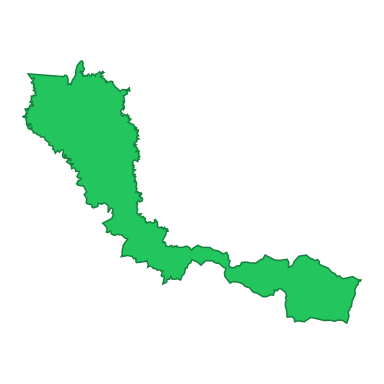 Simacota, Santander, Colombia (Mercator projection)
{"feature_id": "7082276B23546148362682", "entity_name": "Simacota", "entity_type": "district", "adm_level": 2, "iso_a3": "COL", "parent_name": "Colombia", "parent_adm1": "Santander", "projection": "mercator", "projection_center": [-73.674, 6.657], "detail": "fine", "context": "isolated", "style": "filled", "palette": "green", "viewbox_px": 384, "rotation_deg": 0, "n_neighbors": 0, "source": "geoboundaries", "source_scale": "gbopen_adm2", "svg_char_len": 5907}
<svg xmlns="http://www.w3.org/2000/svg" viewBox="0 0 384 384"><path d="M28.1,73.9L31.7,79.0L33.9,78.0L33.3,80.4L31.4,82.4L32.2,83.7L33.6,83.3L34.3,84.6L33.5,85.3L34.0,86.4L33.4,87.8L35.2,88.5L33.3,90.5L35.7,91.6L35.0,93.1L36.1,95.0L35.2,95.7L33.3,95.1L32.5,96.7L31.3,96.2L31.4,99.7L30.0,102.4L31.5,102.5L32.8,101.3L31.4,104.3L33.1,104.8L33.3,105.7L31.3,106.3L30.1,105.4L28.0,110.9L27.8,108.5L25.1,109.1L27.4,113.6L26.0,113.5L26.2,114.8L23.0,116.6L23.9,117.5L27.0,117.2L25.7,119.5L26.8,121.7L26.3,123.9L27.0,125.4L29.4,123.6L30.7,124.1L30.7,125.4L27.9,125.8L28.0,128.0L29.7,129.3L31.8,127.3L31.5,129.7L33.2,131.2L33.4,132.9L36.7,133.1L36.9,134.5L39.9,135.2L40.4,136.9L44.4,137.0L45.3,140.0L49.2,142.8L48.9,145.0L53.4,146.4L52.6,149.2L54.2,150.0L55.2,153.2L57.6,150.6L59.4,152.2L61.8,149.8L62.8,149.8L63.5,150.5L62.5,154.9L63.1,157.3L64.6,158.1L64.5,155.5L65.6,154.8L66.3,158.3L69.4,158.3L70.9,159.2L71.0,160.4L68.3,159.5L66.6,161.8L69.1,163.6L73.1,163.7L72.6,164.7L70.5,164.6L71.4,165.9L71.6,168.7L74.4,167.7L75.4,169.0L75.6,171.4L78.6,171.3L79.3,172.0L77.0,176.4L78.4,178.0L80.6,177.9L80.9,179.3L78.2,180.7L76.6,183.8L78.3,185.3L83.6,186.1L86.6,192.0L84.2,194.5L86.8,198.7L86.2,202.8L87.4,203.8L91.5,204.7L92.1,207.2L93.3,207.9L97.7,206.5L98.2,203.3L102.0,204.2L103.6,203.0L105.2,203.1L108.4,205.9L108.0,212.6L110.9,208.0L112.3,208.3L113.0,209.9L111.9,213.0L113.6,213.9L111.8,218.5L102.7,223.2L106.5,227.0L107.2,229.6L106.3,232.1L107.8,232.5L110.7,231.2L111.4,234.0L114.5,235.4L117.2,234.4L121.9,235.0L125.2,238.2L127.8,238.8L123.4,245.0L122.0,251.6L122.4,254.2L121.2,256.7L127.6,255.5L132.0,256.4L133.7,258.8L136.0,258.6L135.9,261.8L136.6,262.6L145.3,261.5L146.6,260.6L148.3,264.4L147.7,267.2L150.0,265.9L153.0,267.4L153.0,268.3L156.1,268.8L157.2,270.3L159.8,269.6L161.0,271.1L162.8,270.8L161.2,275.4L161.8,276.4L163.7,276.3L164.3,277.3L162.8,284.1L166.7,282.1L166.8,279.9L168.3,279.0L169.4,279.4L170.9,276.7L171.9,279.1L176.0,279.2L177.2,278.5L180.5,280.0L181.8,276.3L184.4,273.5L185.4,268.3L186.9,268.1L188.3,264.1L190.6,262.9L192.0,259.6L197.7,262.3L201.0,265.2L205.6,260.7L213.0,260.9L213.7,262.0L216.4,263.2L219.1,263.4L223.5,267.3L226.1,268.3L224.4,272.9L224.9,276.4L230.0,283.1L233.0,281.6L238.2,282.2L242.7,283.8L245.0,286.4L249.6,287.8L253.0,292.0L257.7,293.5L262.9,296.7L266.7,296.7L270.3,294.9L273.5,295.1L274.0,292.3L275.0,291.5L274.5,290.0L277.5,290.7L278.8,288.7L281.2,289.0L285.1,292.1L286.2,294.5L286.5,296.6L285.5,297.3L286.4,300.5L285.4,302.2L285.4,306.1L286.9,311.6L287.0,317.1L292.3,316.7L294.6,319.4L294.4,321.1L295.2,321.8L297.8,320.7L304.2,321.8L310.9,317.4L324.3,320.5L330.3,320.2L334.9,321.3L337.8,320.0L343.1,320.5L346.5,323.1L347.1,322.4L349.0,315.8L348.1,311.4L349.6,310.3L349.5,308.9L351.5,306.2L352.1,301.3L355.3,293.8L354.8,290.0L356.5,286.0L357.9,284.9L358.6,281.6L360.2,281.4L361.0,280.0L358.2,279.9L352.6,276.6L343.5,278.7L340.9,277.6L339.8,276.0L336.7,276.3L335.3,273.9L331.7,272.1L328.1,268.1L320.2,264.8L319.0,263.4L319.3,261.6L317.6,259.6L314.9,260.7L311.8,258.6L310.8,258.8L306.2,255.0L299.0,256.2L294.2,261.5L292.7,265.4L288.4,267.4L288.8,262.3L287.1,259.3L279.8,260.4L275.0,260.1L265.1,255.0L262.8,259.3L260.8,259.5L255.4,263.4L253.3,262.8L250.7,263.2L247.3,262.1L241.7,262.4L240.1,265.7L236.6,266.0L234.1,267.7L230.9,267.6L228.7,265.5L230.0,260.7L228.4,259.6L228.3,256.0L226.8,252.5L222.9,253.8L218.3,250.9L213.5,250.0L209.9,247.5L202.1,247.3L197.9,245.3L193.0,248.2L191.6,250.3L189.4,247.5L186.5,246.0L183.5,247.2L180.0,247.5L177.4,246.8L176.6,245.8L176.0,246.5L174.4,246.0L173.8,247.2L172.4,246.8L171.8,245.4L168.5,246.8L165.9,245.9L165.4,242.6L164.1,241.8L163.0,242.4L162.8,240.3L166.0,234.2L166.0,231.6L167.7,231.2L167.0,230.6L167.9,230.3L167.4,228.9L165.4,228.8L164.5,227.4L163.6,228.9L161.6,226.8L160.3,227.8L157.6,227.0L157.4,222.0L155.2,219.5L154.3,220.4L154.9,222.3L153.9,222.8L152.4,223.1L149.9,221.8L146.7,223.1L146.4,221.7L145.3,221.8L145.0,220.9L145.3,218.3L144.1,218.1L143.5,216.6L141.9,217.3L140.8,216.7L140.4,214.7L141.2,213.8L139.5,213.9L138.7,215.0L136.7,212.8L137.7,209.2L136.6,206.1L137.6,204.6L136.3,202.8L137.5,202.5L138.4,200.5L140.0,201.9L142.2,200.9L142.6,198.8L142.1,197.8L140.2,197.5L140.3,196.3L139.0,195.9L139.7,194.6L141.4,194.8L141.6,193.3L140.0,192.6L137.7,193.0L137.8,191.7L135.9,192.1L137.0,188.4L136.0,187.6L136.7,183.5L136.2,182.0L134.2,181.8L134.7,180.7L135.7,181.5L134.6,177.8L135.6,176.7L134.2,176.1L135.3,174.7L134.5,174.1L133.2,174.7L132.7,172.5L135.3,169.9L132.8,169.7L134.0,167.3L132.5,165.6L133.8,165.3L132.5,163.7L133.1,161.3L134.2,159.9L137.9,161.5L138.0,159.4L139.2,159.0L138.0,158.2L139.7,156.7L138.4,156.0L139.2,154.9L138.5,152.9L139.2,151.3L136.1,151.6L138.0,149.8L136.3,146.9L134.0,146.1L136.2,144.8L134.0,144.1L135.3,142.6L134.2,142.4L135.8,142.3L137.0,141.2L136.4,139.4L138.9,138.9L136.8,137.5L137.0,136.0L138.6,135.8L136.5,132.3L138.2,131.7L138.5,130.7L137.8,129.8L134.6,129.7L134.8,128.4L136.4,128.9L136.5,127.6L134.0,126.2L133.7,124.8L128.0,122.2L130.2,120.1L128.6,118.3L130.1,118.5L128.4,117.2L128.9,115.9L127.7,115.5L127.5,114.6L126.3,115.9L125.0,114.5L123.5,114.7L123.2,116.2L122.3,116.2L121.1,114.0L122.2,113.4L120.4,111.2L123.2,107.7L123.5,109.5L124.3,108.3L124.0,105.7L122.7,105.1L123.6,103.9L123.2,101.7L124.1,102.6L124.6,101.7L123.7,95.8L127.4,93.8L126.6,91.1L129.9,90.9L129.2,87.9L127.1,89.9L122.6,89.5L120.2,91.2L115.0,86.6L112.7,83.3L112.8,81.7L110.7,81.2L107.7,82.4L106.4,80.9L106.0,82.3L104.6,78.9L102.7,78.4L102.8,76.2L100.6,76.9L101.2,74.4L103.9,72.5L102.7,71.4L101.0,73.5L99.6,71.7L97.8,73.6L95.8,74.3L95.3,76.0L94.2,74.5L92.0,73.9L91.5,75.8L89.9,75.6L88.8,74.1L87.2,75.0L87.2,76.0L84.1,75.5L83.0,76.2L82.7,73.3L81.4,73.5L80.1,72.0L80.6,71.4L82.8,71.8L84.4,69.0L82.8,65.9L83.1,62.8L82.0,60.9L80.4,61.5L77.2,65.7L75.8,70.8L75.7,75.1L72.4,80.3L70.9,84.6L70.0,83.7L68.1,84.7L68.0,79.0L67.1,76.2L66.0,75.3L64.8,75.3L63.4,76.6L28.1,73.9Z" fill="#22c55e" stroke="#15803d" stroke-width="1.5"/></svg>